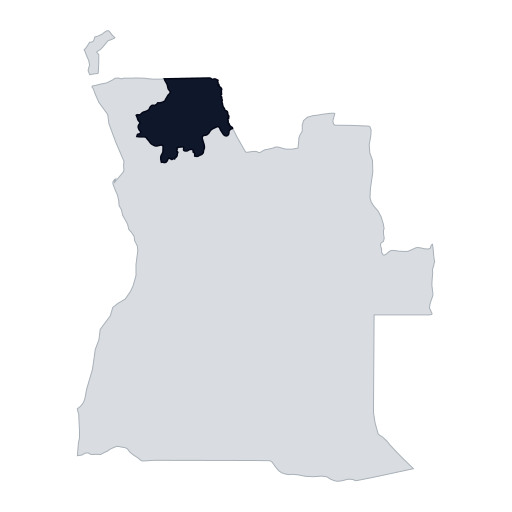 Uíge highlighted on a map of Angola
{"feature_id": "AGO-1881", "entity_name": "Uíge", "entity_type": "Province", "adm_level": 1, "iso_a3": "AGO", "parent_name": "Angola", "parent_adm1": "", "projection": "robinson", "projection_center": [15.52, -7.131], "detail": "fine", "context": "in_parent", "style": "filled", "palette": "ink", "viewbox_px": 512, "rotation_deg": 0, "n_neighbors": 0, "source": "natural_earth", "source_scale": "10m", "svg_char_len": 8403}
<svg xmlns="http://www.w3.org/2000/svg" viewBox="0 0 512 512"><path d="M432.5,244.3L433.1,248.7L433.6,254.7L434.1,259.0L434.5,261.0L434.7,262.0L434.1,263.1L433.7,265.7L432.9,268.0L432.4,269.6L432.7,272.6L432.0,281.3L431.9,285.6L432.9,293.3L432.8,295.7L430.3,302.8L429.6,306.4L429.5,308.2L432.0,313.4L431.8,314.5L429.9,314.8L428.3,314.9L374.1,314.9L373.5,405.2L373.5,412.8L375.1,423.0L378.2,434.1L379.5,435.1L382.7,437.2L387.1,441.3L389.6,444.5L394.6,450.0L401.3,456.9L413.4,468.7L372.4,477.5L356.6,480.6L355.2,480.6L352.9,479.4L347.9,479.2L342.0,480.8L337.3,481.3L333.8,480.5L330.4,479.1L327.1,476.9L321.4,476.1L313.2,476.7L305.4,476.3L297.8,474.8L292.4,474.3L289.1,474.6L285.6,474.1L281.9,472.9L278.8,470.8L275.1,466.4L272.2,462.2L271.4,461.6L270.5,460.9L269.6,460.7L253.4,460.5L154.6,460.3L143.1,461.0L142.2,460.9L140.8,460.4L139.8,459.4L136.6,457.0L133.7,455.2L129.9,452.2L127.4,448.8L125.3,447.7L121.6,447.1L118.8,446.5L116.6,446.4L112.6,448.0L109.6,449.5L107.5,451.1L103.7,452.8L100.6,454.5L95.2,454.3L94.0,454.5L90.9,454.4L88.1,452.9L85.2,453.1L82.0,455.0L77.4,455.7L78.4,443.2L79.5,437.7L79.5,431.0L78.7,413.9L77.9,411.5L77.3,408.8L80.2,406.6L81.6,405.0L83.6,402.2L85.0,398.2L86.6,389.4L92.5,369.2L95.3,349.3L98.9,339.9L100.2,329.4L110.3,315.8L112.8,307.4L118.0,303.3L125.3,299.0L130.6,291.2L133.1,285.8L136.0,275.5L136.0,264.7L137.8,250.4L137.4,246.2L134.6,240.5L134.1,236.4L131.5,232.4L128.8,229.4L127.5,223.9L122.7,215.4L121.4,209.7L119.1,205.6L118.7,200.5L117.5,195.2L115.2,189.9L112.9,183.9L112.9,182.0L114.3,179.7L115.7,178.9L115.2,180.1L114.3,181.4L114.5,182.5L123.4,171.9L124.0,169.8L123.7,167.5L123.6,164.7L124.0,161.4L115.6,141.8L108.9,123.6L107.7,114.5L98.9,102.4L95.4,94.5L93.4,89.0L91.9,86.9L92.5,85.9L94.7,85.6L99.8,84.3L106.7,82.9L113.1,79.7L114.8,78.3L118.2,78.0L121.7,78.9L123.0,78.3L123.7,78.2L131.8,78.2L135.2,78.0L141.4,78.1L145.4,78.3L147.6,78.7L153.7,79.2L161.3,79.1L164.0,78.8L173.9,78.6L192.5,78.3L202.3,78.3L209.7,78.3L213.1,79.5L216.2,81.7L217.6,83.6L218.3,84.5L219.2,86.6L220.9,88.3L221.5,90.8L221.0,94.3L221.2,98.4L222.2,103.3L224.2,108.4L227.4,113.8L228.7,118.0L228.3,121.2L229.3,124.5L231.6,128.0L233.2,129.8L234.2,131.3L236.8,136.6L245.3,151.6L246.6,152.4L248.5,152.1L252.4,151.5L256.3,151.4L259.1,152.7L260.2,152.4L264.5,149.9L268.6,149.1L273.0,148.1L275.3,147.0L277.9,147.0L285.1,149.0L286.4,149.2L292.2,149.2L298.0,148.0L298.9,139.4L298.9,137.7L300.3,134.4L302.1,131.6L302.3,128.9L302.2,125.2L303.5,120.7L307.4,117.2L313.7,115.5L317.3,115.2L322.9,114.2L331.4,113.2L334.6,113.3L334.8,113.8L333.0,120.0L333.0,122.0L333.6,124.1L335.0,125.2L352.1,125.4L368.4,126.1L369.3,126.4L370.0,126.9L371.1,129.9L370.8,135.9L369.2,144.6L369.8,152.8L372.5,160.4L372.8,172.1L370.5,187.8L370.0,197.8L371.2,202.0L373.9,206.3L378.0,210.9L381.1,216.8L383.3,224.0L384.1,228.6L383.5,230.4L383.5,233.7L384.2,238.3L383.4,241.4L381.1,242.9L380.4,245.0L381.5,249.0L381.7,252.6L383.2,255.0L384.3,255.1L386.6,253.9L389.3,251.4L391.5,250.4L394.6,250.5L398.9,251.2L406.5,251.5L408.8,251.0L415.9,247.8L417.8,247.5L420.6,247.9L424.6,248.8L428.6,249.0L430.5,248.0L430.7,246.7L431.4,245.0L432.5,244.3ZM114.9,37.5L114.5,38.1L111.2,39.6L107.8,40.9L103.3,46.5L101.0,48.9L100.3,49.5L98.2,50.9L96.7,52.0L96.8,52.7L97.8,53.4L98.8,54.6L98.7,63.7L98.3,72.7L97.8,73.5L94.9,73.8L91.1,74.4L89.8,74.8L89.4,73.9L88.1,70.6L88.8,67.5L89.6,65.2L88.7,60.4L86.8,56.2L84.7,50.8L84.1,49.8L85.8,48.1L88.4,44.3L89.5,42.3L92.5,41.9L93.7,40.5L94.5,38.3L94.8,37.0L98.2,36.0L102.3,34.1L104.6,32.1L106.9,30.8L108.3,30.7L109.3,31.3L111.9,34.8L114.2,37.0L114.9,37.5Z" fill="#d9dde1" stroke="#a8b0b8" stroke-width="1"/><path d="M209.7,78.0L210.5,78.2L211.0,78.5L211.4,78.9L212.1,79.3L212.6,79.4L213.0,79.3L213.9,79.0L214.5,78.9L215.0,78.9L215.6,79.1L216.7,79.6L216.9,79.7L218.0,80.3L217.9,80.6L217.5,81.1L217.5,81.3L217.8,81.7L217.9,82.1L218.0,82.4L218.1,84.5L218.2,84.9L218.3,84.8L218.6,84.7L218.9,84.6L219.0,85.0L218.4,85.8L218.9,85.8L219.3,86.1L219.8,86.9L220.1,87.1L220.5,87.3L220.8,87.5L221.0,87.9L221.5,88.6L221.7,89.1L221.7,89.5L221.5,89.9L221.4,90.5L221.4,92.9L221.5,93.2L221.5,93.5L221.6,93.8L221.6,94.2L221.4,94.3L221.1,94.3L220.9,94.4L220.8,94.7L220.7,96.0L220.8,96.1L221.0,96.4L221.2,96.6L221.4,96.5L221.5,96.6L221.6,97.0L221.4,97.4L221.1,97.9L221.1,98.2L221.8,98.3L221.6,98.7L221.6,99.1L221.8,99.4L222.1,99.7L222.3,100.1L222.3,100.4L222.0,101.1L221.9,101.7L221.9,102.2L222.4,103.3L222.5,103.9L222.6,105.2L222.7,105.7L222.9,106.3L224.5,108.8L224.7,109.3L224.7,109.8L224.8,110.2L225.2,110.6L225.5,110.7L226.2,110.8L226.5,110.9L227.2,111.5L227.6,112.3L227.8,114.2L227.7,114.3L227.6,114.6L227.6,114.9L227.9,115.1L228.2,115.1L228.4,115.3L228.5,115.6L228.7,115.9L228.9,116.4L228.8,117.0L228.6,117.5L228.6,118.3L227.6,118.0L227.6,118.8L228.2,121.0L228.1,122.7L228.3,123.0L228.5,123.2L228.9,123.7L229.4,124.4L229.5,124.9L229.5,125.4L229.6,125.8L230.4,126.1L231.3,126.9L232.1,127.3L232.4,127.6L232.5,128.1L232.6,128.5L230.9,129.1L229.8,130.0L229.5,130.4L229.1,131.0L229.0,131.7L228.9,132.9L228.8,133.6L228.4,134.6L227.8,135.3L227.2,135.7L226.5,135.9L225.8,135.9L225.2,135.7L224.5,135.4L223.9,134.9L223.3,134.3L220.4,129.8L219.8,128.2L219.4,127.5L218.8,127.0L218.2,126.7L217.7,126.6L217.1,126.7L212.6,128.8L210.6,130.3L208.7,133.3L206.9,134.8L206.1,135.1L204.6,135.3L203.7,135.5L202.7,136.2L202.3,137.0L202.2,137.9L202.3,138.7L204.2,145.0L204.4,146.7L204.4,147.5L204.4,148.2L204.2,148.7L203.7,150.0L203.2,152.9L201.9,154.3L201.4,154.6L199.2,155.5L198.1,156.2L197.2,156.4L196.5,156.4L194.7,156.1L194.7,154.7L194.6,153.1L194.0,152.5L193.4,152.4L193.1,151.9L193.1,151.3L193.6,151.0L193.6,150.9L193.5,150.7L193.1,150.2L192.3,149.6L192.2,149.5L191.6,149.4L190.9,149.4L189.6,149.6L188.9,149.9L187.7,150.7L187.1,150.9L186.2,151.0L185.2,151.0L184.2,150.7L183.6,150.1L183.5,149.2L183.7,148.5L183.8,147.7L183.2,146.9L182.7,146.9L179.5,147.1L177.6,147.6L176.9,148.1L177.2,149.2L177.1,149.6L177.0,149.8L176.8,150.4L176.6,151.1L176.6,151.4L176.7,151.6L176.8,151.6L177.1,151.5L177.4,151.6L177.5,151.8L177.8,152.2L177.8,152.4L177.8,152.7L177.6,152.9L177.4,153.2L177.3,154.0L177.2,155.1L177.1,155.6L177.0,155.9L176.9,156.0L176.7,156.5L176.4,156.7L176.2,156.7L176.0,157.1L176.0,157.3L175.9,157.4L175.7,157.5L175.3,157.6L175.1,157.8L175.0,158.0L174.9,158.2L174.8,158.8L174.7,158.9L174.6,159.0L174.4,159.0L174.1,158.8L173.9,158.8L173.3,158.8L173.1,158.8L172.8,158.9L172.2,159.4L171.9,159.5L171.7,159.5L171.4,159.4L171.2,159.4L171.0,159.1L170.9,159.0L170.8,158.9L170.7,158.8L170.4,158.6L170.1,158.5L169.7,158.5L169.6,158.4L169.3,158.3L169.1,158.2L168.8,158.3L168.5,158.5L168.1,158.9L167.9,159.2L167.7,159.5L167.4,160.5L167.2,160.9L166.8,161.3L166.3,161.8L166.3,162.0L166.1,162.1L165.9,162.2L165.2,162.5L164.7,162.6L164.3,162.6L163.4,162.4L162.7,162.2L162.3,162.1L161.4,162.3L160.8,159.5L160.7,158.3L160.8,156.9L161.0,155.9L161.4,155.1L162.6,152.8L162.9,152.1L163.1,146.7L162.8,145.9L162.4,145.4L161.0,145.0L156.9,146.0L155.9,146.0L155.2,145.9L154.3,145.6L152.1,144.4L151.2,143.8L150.5,143.1L148.8,140.8L146.8,138.5L146.4,137.8L145.7,137.2L144.8,136.9L138.9,136.8L136.8,136.5L137.3,134.8L137.6,134.3L138.2,134.1L138.4,134.0L139.0,134.1L139.4,134.0L139.6,133.8L139.7,133.7L140.2,133.2L140.4,132.9L140.7,132.8L140.8,132.5L140.8,132.4L140.8,132.0L140.5,131.5L139.5,130.3L139.0,129.6L138.2,127.5L138.2,126.4L138.4,125.5L139.8,123.2L139.9,122.4L139.5,121.8L138.9,121.3L138.3,120.5L137.8,119.6L137.0,117.1L136.2,115.3L136.7,114.9L137.5,114.8L137.7,114.7L137.9,114.7L138.2,114.8L139.8,114.8L140.1,114.7L140.4,114.6L140.7,114.3L140.9,114.0L141.0,113.9L141.2,113.7L141.6,113.5L141.7,113.4L141.9,113.0L142.0,112.9L142.4,112.6L143.4,112.1L144.6,111.7L146.2,111.2L148.8,109.8L149.1,109.5L149.4,108.5L149.5,108.2L149.9,107.7L150.0,107.5L150.0,107.3L150.2,107.0L150.6,106.5L151.7,105.5L152.0,105.4L152.3,105.3L152.5,105.3L152.8,105.3L153.0,105.3L153.3,105.3L153.5,105.3L154.0,105.4L154.5,105.4L156.3,104.6L156.5,104.5L156.6,104.4L157.2,103.4L157.7,102.8L159.9,102.8L161.7,102.4L162.9,102.0L164.7,101.0L165.1,100.6L165.3,100.0L165.6,99.3L166.7,97.5L166.8,97.3L168.1,95.1L168.9,94.4L169.1,94.2L170.2,92.6L170.3,91.5L169.8,91.0L168.4,89.3L168.0,88.2L167.3,85.0L166.9,83.9L164.8,80.3L164.3,78.8L165.4,78.8L168.0,78.8L170.7,78.7L173.4,78.7L176.0,78.6L178.7,78.6L181.3,78.5L184.0,78.5L186.7,78.4L189.4,78.4L192.0,78.3L194.7,78.3L197.4,78.2L200.0,78.2L202.7,78.1L203.5,78.1L205.3,78.1L208.0,78.0L209.7,78.0Z" fill="#0f172a" stroke="#020617" stroke-width="1.5"/></svg>